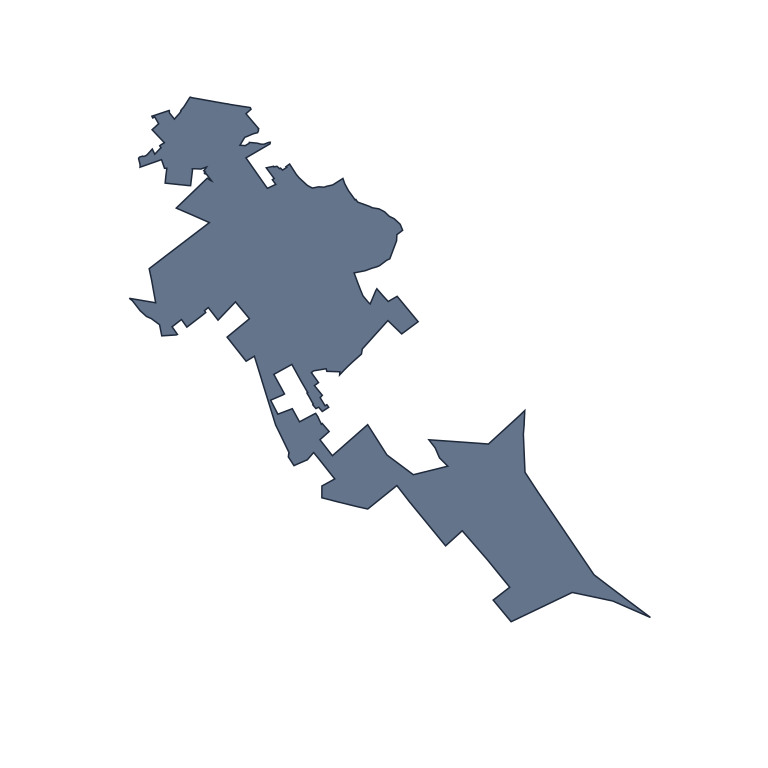 outline of Timucuy, Yucatán, Mexico, rotated 315°
{"feature_id": "50627088B51524956597076", "entity_name": "Timucuy", "entity_type": "district", "adm_level": 2, "iso_a3": "MEX", "parent_name": "Mexico", "parent_adm1": "Yucatán", "projection": "mercator", "projection_center": [-89.531, 20.743], "detail": "fine", "context": "isolated", "style": "filled", "palette": "slate", "viewbox_px": 768, "rotation_deg": 315, "n_neighbors": 0, "source": "geoboundaries", "source_scale": "gbopen_adm2", "svg_char_len": 4590}
<svg xmlns="http://www.w3.org/2000/svg" viewBox="0 0 768 768"><g transform="rotate(315 384 384)"><path d="M449.8,44.1L449.5,44.1L449.4,44.1L449.2,44.1L438.6,46.5L434.6,46.8L433.6,47.0L433.5,47.5L431.0,48.0L425.3,48.3L423.1,48.5L424.0,40.5L425.6,38.8L425.6,38.7L409.2,30.5L408.6,32.4L410.7,33.0L408.7,40.6L399.8,40.2L399.3,58.1L395.2,57.1L394.1,57.0L393.8,57.0L393.4,59.3L392.4,59.2L384.4,59.4L386.3,54.0L384.3,54.1L382.9,54.2L380.6,54.3L378.6,54.4L378.1,54.3L376.5,54.0L374.7,52.9L374.5,52.2L371.6,50.7L370.4,50.8L370.0,50.9L369.6,51.5L366.7,56.3L365.1,58.0L364.8,58.2L375.2,63.2L379.1,65.1L385.3,68.0L384.0,70.8L381.3,76.3L383.0,77.9L379.5,80.6L376.4,83.0L373.7,85.2L371.3,87.2L374.1,90.7L377.2,94.5L380.4,98.5L381.4,99.7L382.5,101.0L384.1,103.0L384.5,103.5L385.5,104.8L387.5,107.0L400.0,97.2L400.6,96.3L402.5,98.1L406.6,102.6L406.8,102.7L406.9,102.8L407.0,102.8L407.3,102.9L410.2,104.3L411.9,105.1L411.4,105.2L409.4,105.6L407.3,105.7L407.7,107.9L406.1,107.8L406.1,109.1L406.9,109.6L405.7,118.5L405.1,117.0L404.6,113.5L361.5,112.7L361.9,113.9L366.2,124.6L367.3,127.4L370.8,136.4L374.6,146.4L319.5,139.0L319.4,139.0L299.5,136.4L293.0,146.4L286.7,155.4L280.0,165.1L264.5,143.3L265.0,147.2L264.3,152.7L263.4,159.7L263.8,168.3L265.7,173.2L267.1,182.5L267.2,183.4L260.9,192.8L264.3,195.8L264.5,195.9L264.5,196.0L271.9,202.5L273.0,202.9L274.6,193.7L286.4,195.2L284.8,204.4L303.1,206.8L308.5,207.4L309.0,205.2L313.8,205.7L311.8,221.5L337.0,220.9L335.0,242.7L306.2,239.9L302.6,270.4L308.7,271.9L312.0,272.7L300.8,293.9L299.9,295.5L278.4,336.3L276.3,342.5L268.2,365.7L267.6,365.7L264.8,367.9L263.3,375.0L263.2,375.2L263.2,375.4L262.6,378.1L266.4,379.5L272.9,382.1L274.1,382.5L275.8,383.3L276.1,383.4L285.4,382.7L285.8,382.7L284.9,391.5L282.4,413.0L282.1,416.3L268.0,412.2L259.6,420.5L268.2,435.1L278.2,451.6L284.1,460.9L321.3,464.9L318.7,485.3L313.1,542.0L335.5,543.1L332.8,581.5L330.2,606.6L329.2,616.6L308.4,614.0L305.8,642.0L369.7,664.5L392.3,699.2L407.3,737.5L399.8,684.0L397.6,667.4L404.5,631.5L408.0,613.4L416.4,569.4L421.3,546.1L447.1,518.0L454.9,511.4L455.0,511.2L464.8,502.3L458.6,502.2L458.3,502.2L415.4,500.3L409.5,493.4L389.2,470.0L376.3,455.2L375.0,465.4L371.0,475.5L371.0,487.2L340.6,468.9L335.9,436.2L343.7,401.2L342.3,401.1L296.8,398.2L299.3,378.1L311.6,378.8L312.4,368.2L311.3,368.1L313.1,362.9L314.0,360.8L314.0,360.7L314.1,360.2L314.9,356.6L314.9,356.4L312.5,355.6L297.5,351.0L301.7,336.6L287.6,330.3L292.4,315.3L303.3,319.6L303.9,319.9L306.6,320.7L312.9,299.3L332.7,305.0L327.4,323.2L324.0,336.1L323.1,335.9L321.9,340.6L321.5,342.0L320.3,346.1L319.9,347.6L319.9,348.1L318.9,348.3L318.5,353.2L321.0,354.1L321.4,354.3L320.9,359.8L328.4,361.4L328.5,361.0L329.0,358.2L327.0,357.7L327.2,356.3L327.3,356.3L327.9,353.8L329.2,348.5L332.4,348.4L333.7,335.9L338.7,336.7L340.7,324.6L343.5,324.9L353.9,332.3L352.5,334.6L359.6,342.2L361.4,344.1L359.0,346.2L365.2,346.0L371.2,346.0L377.9,346.2L380.9,346.4L389.2,346.9L393.4,343.9L431.6,341.9L431.9,361.1L452.2,364.1L455.3,331.3L445.3,328.6L445.7,319.8L446.1,314.1L446.3,311.6L444.1,312.2L432.6,316.9L430.8,317.6L430.7,316.0L430.7,314.8L431.5,306.6L433.3,302.4L433.8,301.1L435.8,296.6L436.9,294.1L438.3,291.1L441.4,284.3L450.8,290.6L456.9,293.4L457.0,293.4L461.6,296.0L464.6,297.2L473.4,298.4L476.6,299.6L494.2,291.6L498.7,287.5L505.9,288.5L508.4,282.5L508.1,274.4L506.3,269.1L506.2,262.8L504.3,256.6L500.4,251.2L499.5,248.5L494.0,236.7L494.6,233.6L493.7,233.4L494.5,229.0L495.6,222.1L497.9,214.5L500.3,209.6L488.7,207.0L488.4,206.9L483.2,203.6L480.8,202.5L477.3,198.4L471.9,194.8L471.3,192.8L471.1,192.4L470.2,189.1L469.8,178.0L470.2,173.7L472.8,161.7L468.3,161.0L468.3,162.0L463.5,161.0L463.5,158.2L462.5,158.0L462.2,154.3L459.7,152.7L459.9,152.0L453.6,147.9L451.6,161.0L449.5,160.6L448.6,166.3L439.9,163.2L440.4,160.1L446.3,126.5L473.2,133.6L474.5,132.7L473.6,131.8L471.7,130.9L468.7,129.6L466.6,127.4L464.7,124.1L459.6,117.9L458.8,118.4L454.4,117.3L451.0,113.3L459.7,111.2L460.7,111.3L461.4,111.8L465.7,113.5L468.4,114.6L472.3,116.9L474.4,116.1L475.2,115.0L475.9,115.0L477.5,95.3L484.3,95.7L484.9,94.0L484.0,92.7L483.1,91.5L482.3,90.4L481.2,88.9L479.8,87.1L478.8,85.6L478.0,84.5L477.2,83.4L476.4,82.4L476.1,82.0L475.1,80.6L474.3,79.5L473.7,78.7L472.9,77.6L471.7,75.6L470.8,74.5L470.5,74.1L470.0,73.4L469.2,72.3L468.4,71.1L467.3,69.6L466.6,68.5L466.0,67.7L465.2,66.6L463.9,64.7L463.1,63.5L462.3,62.4L461.3,60.9L460.4,59.7L460.1,59.3L459.9,58.9L459.6,58.5L459.3,58.2L459.1,57.8L458.8,57.4L458.6,57.1L457.8,56.0L457.3,55.2L457.0,54.8L455.2,52.2L453.5,49.8L450.8,46.0L449.8,44.1Z" fill="#64748b" stroke="#1e293b" stroke-width="1.5"/></g></svg>